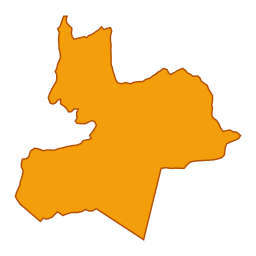 Viana, Espírito Santo, Brazil (Robinson projection)
{"feature_id": "56859067B48363656253494", "entity_name": "Viana", "entity_type": "district", "adm_level": 2, "iso_a3": "BRA", "parent_name": "Brazil", "parent_adm1": "Espírito Santo", "projection": "robinson", "projection_center": [-40.52, -20.392], "detail": "fine", "context": "isolated", "style": "filled", "palette": "amber", "viewbox_px": 256, "rotation_deg": 0, "n_neighbors": 0, "source": "geoboundaries", "source_scale": "gbopen_adm2", "svg_char_len": 2581}
<svg xmlns="http://www.w3.org/2000/svg" viewBox="0 0 256 256"><path d="M57.6,28.9L59.4,32.7L58.8,36.0L58.6,40.4L59.0,44.1L59.0,48.0L60.0,52.1L60.3,55.1L60.4,58.3L58.8,61.2L57.6,64.4L56.8,68.6L55.2,71.3L56.7,74.3L56.8,78.0L56.2,81.7L54.2,84.9L52.1,88.5L49.9,93.3L48.3,97.5L49.1,100.4L50.4,103.2L53.0,104.0L55.5,103.0L57.7,100.2L60.6,99.1L60.6,103.8L63.4,105.7L66.3,108.2L68.5,111.9L71.5,111.6L74.1,108.9L78.3,109.0L76.8,112.4L76.7,115.3L77.0,118.6L75.3,120.9L77.0,123.4L81.0,123.6L85.4,123.7L88.6,122.0L91.7,120.6L94.9,121.9L96.4,125.6L94.1,129.4L92.5,132.1L89.7,135.2L91.3,138.3L88.6,139.7L86.0,140.0L83.2,140.6L80.8,143.6L76.8,145.2L72.9,145.5L70.2,146.1L67.0,146.6L62.6,147.8L58.0,148.9L54.4,150.3L50.4,150.0L46.4,150.0L43.5,150.8L41.1,149.8L38.0,148.8L34.6,148.3L30.8,150.8L29.6,153.9L28.9,156.6L26.2,158.8L22.4,159.2L21.5,163.3L21.3,167.0L23.3,170.8L22.5,174.6L21.7,178.1L20.5,180.8L19.9,185.0L18.3,188.6L16.3,193.2L15.4,196.7L17.4,200.0L20.0,204.0L40.4,221.4L43.3,218.2L45.9,219.0L48.5,218.6L52.1,217.2L55.0,214.2L57.7,211.7L59.9,213.4L63.0,215.5L65.7,214.2L68.9,213.3L71.7,212.5L74.4,212.5L77.8,212.5L82.3,211.4L85.5,209.4L88.5,210.9L92.5,210.9L96.3,208.7L143.6,239.7L146.6,227.2L147.8,222.4L151.3,208.1L152.0,205.1L153.7,198.2L155.1,192.7L157.0,185.1L160.1,172.3L161.1,168.4L165.9,167.7L171.6,168.5L175.1,168.1L178.5,168.2L181.4,168.4L184.1,168.3L186.5,165.5L189.8,162.3L193.8,161.1L198.4,160.8L202.6,160.5L208.7,160.2L213.5,159.8L216.4,159.2L219.5,158.4L221.9,157.5L224.4,154.8L224.8,151.2L225.1,148.0L226.6,143.8L230.0,142.2L232.7,141.1L235.6,140.0L238.5,138.6L240.6,135.6L236.7,132.2L232.8,131.7L230.0,130.0L226.9,130.6L223.1,131.4L220.5,127.8L219.1,124.2L216.6,120.5L213.7,118.4L211.8,115.8L211.9,112.2L212.5,108.3L211.7,104.8L212.5,100.8L212.5,95.5L210.6,92.5L208.6,89.1L207.1,85.3L204.7,83.6L201.4,81.3L199.7,77.7L197.6,76.0L192.9,76.3L190.1,74.1L187.6,73.0L185.3,70.2L182.6,68.4L178.8,70.0L173.5,73.0L170.4,74.6L168.5,72.7L167.2,69.7L163.5,68.4L160.1,71.1L157.7,72.3L155.5,74.4L153.0,75.7L150.1,78.2L145.8,79.4L143.1,81.4L139.0,81.7L136.0,81.9L133.4,82.5L130.3,83.8L127.9,83.1L124.9,82.7L121.7,83.8L117.6,82.7L115.7,79.6L114.5,75.8L112.9,71.1L112.3,67.7L111.3,65.1L111.0,61.1L111.2,57.9L111.0,53.9L110.8,49.9L111.1,45.4L110.4,40.2L110.4,36.2L111.7,31.0L110.5,27.7L106.6,28.5L104.0,29.6L101.3,26.8L98.8,29.8L95.6,31.9L92.1,34.4L88.8,35.6L86.7,37.7L84.1,36.7L80.6,37.6L77.2,38.4L74.2,39.4L72.1,36.4L71.4,33.6L71.8,28.0L69.0,25.5L66.8,23.0L66.1,19.2L67.1,16.3L63.7,16.3L62.5,19.4L61.1,23.5L60.1,26.5L57.6,28.9Z" fill="#f59e0b" stroke="#b45309" stroke-width="1.5"/></svg>